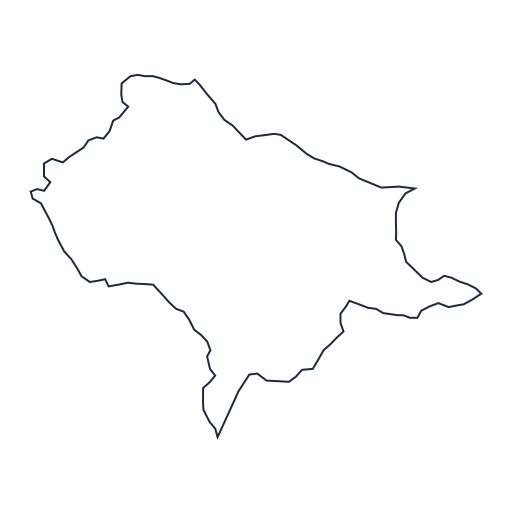 the district of Esperança, Paraíba, Brazil
{"feature_id": "56859067B22876430422042", "entity_name": "Esperança", "entity_type": "district", "adm_level": 2, "iso_a3": "BRA", "parent_name": "Brazil", "parent_adm1": "Paraíba", "projection": "robinson", "projection_center": [-35.884, -7.007], "detail": "fine", "context": "isolated", "style": "outline", "palette": "slate", "viewbox_px": 512, "rotation_deg": 0, "n_neighbors": 0, "source": "geoboundaries", "source_scale": "gbopen_adm2", "svg_char_len": 1864}
<svg xmlns="http://www.w3.org/2000/svg" viewBox="0 0 512 512"><path d="M471.8,299.9L481.3,293.7L475.9,288.4L467.6,284.3L459.3,281.5L451.4,277.7L444.2,275.8L438.0,280.0L431.2,282.0L422.5,277.7L414.1,269.5L406.1,261.8L404.3,254.3L401.4,246.1L395.9,239.9L396.2,232.1L395.9,222.4L395.9,213.0L398.8,202.8L405.5,193.4L414.8,188.5L398.8,186.6L381.4,187.6L359.1,178.4L351.6,172.4L339.5,166.5L328.6,163.8L322.7,161.2L314.4,158.5L307.1,154.2L296.6,145.5L280.8,134.9L274.2,133.8L264.8,135.1L255.3,136.3L246.0,139.6L239.5,132.8L232.7,125.6L224.4,119.9L218.5,112.1L215.4,103.8L206.9,94.0L200.0,85.1L194.8,79.6L189.6,83.9L181.0,84.3L173.3,83.1L167.4,80.8L159.1,77.8L152.5,76.1L144.4,76.1L138.2,74.9L130.6,76.1L121.6,83.5L121.3,94.8L122.4,101.9L128.2,106.6L119.3,117.4L113.2,120.6L109.6,131.1L103.5,138.6L96.6,137.3L88.4,140.4L83.6,147.5L76.0,152.5L69.5,156.8L62.8,162.4L51.9,158.8L44.0,163.5L44.0,176.4L50.3,182.2L44.1,190.8L37.1,189.1L30.7,191.6L32.7,198.6L40.9,203.3L48.1,216.8L52.3,225.2L55.0,232.9L58.2,240.2L64.1,251.3L71.5,259.5L77.7,269.2L81.5,276.2L89.8,282.0L97.7,280.8L105.1,279.2L108.6,286.4L119.9,284.4L127.8,282.7L136.5,283.7L144.0,284.0L153.2,284.7L162.3,294.6L169.4,302.6L176.2,308.9L183.6,311.6L189.1,319.5L194.2,329.7L201.1,335.0L207.3,341.7L210.4,350.2L207.1,356.4L210.0,368.9L215.2,375.6L209.6,382.3L203.1,388.0L203.0,401.3L203.4,409.6L206.5,415.8L209.7,422.1L215.2,428.6L217.6,437.1L235.4,398.2L238.2,391.7L249.4,374.5L257.3,373.6L266.6,380.6L280.0,381.3L288.9,381.8L295.8,376.8L302.0,369.8L312.8,368.9L318.5,359.2L323.6,350.2L330.2,344.4L336.7,337.7L343.5,331.5L340.5,323.0L340.5,313.6L345.7,306.9L349.4,300.8L359.7,304.6L368.0,307.8L376.2,308.9L383.2,313.1L389.6,314.0L396.8,315.1L403.6,315.3L409.9,317.8L417.4,317.8L421.2,310.8L429.1,306.6L438.3,303.1L448.6,307.1L457.3,305.4L463.7,304.3L471.8,299.9Z" fill="none" stroke="#1e293b" stroke-width="2"/></svg>